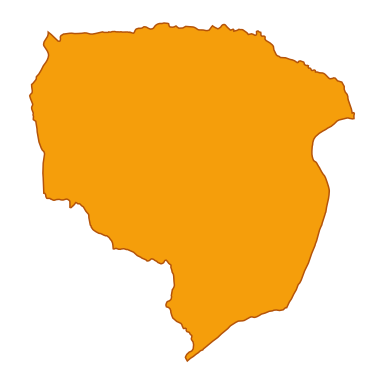 Mendefera, Debub, Eritrea
{"feature_id": "51966322B17465014138668", "entity_name": "Mendefera", "entity_type": "district", "adm_level": 2, "iso_a3": "ERI", "parent_name": "Eritrea", "parent_adm1": "Debub", "projection": "natural_earth1", "projection_center": [38.816, 14.861], "detail": "fine", "context": "isolated", "style": "filled", "palette": "amber", "viewbox_px": 384, "rotation_deg": 0, "n_neighbors": 0, "source": "geoboundaries", "source_scale": "gbopen_adm2", "svg_char_len": 5789}
<svg xmlns="http://www.w3.org/2000/svg" viewBox="0 0 384 384"><path d="M286.7,307.7L289.3,302.1L291.5,298.8L293.7,294.2L296.3,289.7L297.8,285.6L298.3,284.5L299.8,282.8L301.2,280.1L304.6,270.9L308.4,263.1L311.7,253.4L315.0,245.5L315.3,244.0L316.5,241.1L319.6,229.8L320.9,226.7L321.8,224.9L322.1,223.4L324.8,215.0L325.4,212.8L325.8,212.1L326.6,207.0L328.5,198.5L329.0,195.1L329.3,190.9L329.1,189.2L328.6,187.0L327.2,182.5L325.6,178.0L324.5,175.8L323.2,174.3L321.6,171.8L320.1,169.0L319.4,167.6L318.5,166.3L316.6,162.9L315.8,162.0L314.7,161.4L313.6,160.5L312.9,158.9L312.3,156.7L311.9,154.2L311.9,151.0L312.2,146.4L312.6,144.8L312.8,142.5L313.5,140.1L313.9,139.0L315.5,136.6L319.1,133.4L322.9,131.0L325.7,129.5L327.7,128.1L331.2,126.3L334.2,123.9L337.1,121.0L339.0,120.0L347.1,118.0L348.4,118.0L349.2,118.3L352.5,118.9L354.0,118.6L353.9,115.9L354.3,113.6L353.8,112.7L353.3,112.7L352.2,113.1L351.4,109.1L348.3,100.1L347.9,98.2L347.8,96.5L347.1,94.4L345.2,92.0L344.2,89.3L344.2,86.4L341.8,82.1L337.5,80.8L335.3,78.2L334.5,78.0L333.5,77.9L332.5,78.4L330.0,78.8L328.8,78.1L325.3,74.5L323.9,73.5L322.6,73.0L319.6,72.8L317.1,72.0L315.5,72.0L315.3,70.6L314.8,70.2L314.1,70.0L312.6,70.5L311.7,70.4L311.2,69.8L310.6,68.5L309.9,68.1L308.7,68.1L308.2,67.4L308.2,66.6L308.4,65.8L307.5,65.4L306.3,65.5L305.5,65.2L304.4,64.4L304.3,63.5L303.7,62.1L300.3,60.9L299.0,61.2L298.4,61.7L298.3,62.3L297.6,62.6L297.0,62.5L294.6,60.8L292.4,59.9L290.0,59.4L285.6,57.8L280.5,57.5L279.1,56.4L277.4,55.8L276.3,54.8L273.9,49.9L273.4,46.4L272.4,45.0L270.1,43.0L266.0,40.5L265.0,39.1L265.1,37.4L265.0,36.7L264.5,36.3L263.9,36.1L262.0,36.2L261.2,35.6L260.9,34.8L260.9,33.2L260.7,32.3L259.4,32.1L258.1,31.0L257.2,31.1L256.5,31.6L256.6,33.8L256.4,34.7L255.4,35.3L254.8,35.3L253.6,34.5L251.6,33.8L248.3,34.5L247.3,33.1L245.8,31.9L242.8,29.8L242.0,29.6L240.0,29.6L238.9,29.3L237.3,30.3L233.9,31.2L233.8,29.8L233.1,29.2L231.7,29.8L230.4,30.1L228.1,28.0L226.7,26.6L225.4,25.0L224.3,24.5L223.3,24.6L222.6,24.9L221.8,25.5L220.6,27.2L218.7,28.5L217.8,28.8L214.9,27.4L213.6,26.6L212.5,25.8L211.6,26.8L209.2,30.1L207.3,30.6L206.0,30.6L203.2,30.0L198.9,29.9L197.8,29.5L195.8,28.1L194.4,27.4L193.2,27.0L185.7,26.4L182.8,28.0L178.8,28.2L176.8,26.7L176.3,26.1L175.6,26.1L174.4,26.8L172.7,27.2L170.1,27.0L169.1,25.9L168.6,23.7L167.8,23.4L164.0,23.0L162.0,23.5L159.6,23.5L157.8,24.0L156.3,24.8L154.9,26.1L153.5,28.1L152.3,28.8L150.5,29.1L148.6,28.4L146.3,27.1L144.9,26.8L143.9,26.8L142.1,28.0L140.8,28.3L138.5,28.3L136.6,28.9L135.8,29.4L135.0,30.7L134.2,32.5L133.5,33.2L132.3,33.0L131.0,32.5L130.1,32.5L129.9,32.1L128.5,32.3L127.9,32.0L126.5,32.0L122.5,32.1L121.0,31.8L119.1,32.0L117.8,31.8L117.1,32.0L114.7,31.5L112.2,31.6L110.4,32.2L108.7,31.9L108.2,32.4L104.1,32.4L102.5,31.9L95.6,33.5L92.3,34.1L90.2,34.0L86.5,33.0L84.6,32.9L81.8,33.3L78.1,33.5L74.8,33.6L71.7,33.2L69.5,33.3L64.2,34.0L63.6,34.0L61.0,35.6L60.4,36.7L60.3,37.2L60.5,39.0L60.2,40.8L59.2,41.3L58.1,41.1L51.3,34.6L48.2,32.1L48.2,34.1L47.6,36.3L47.0,37.3L44.2,41.7L43.9,42.7L43.6,44.2L43.6,44.9L43.9,45.8L47.2,50.8L48.1,52.8L48.4,53.8L48.6,55.3L48.2,57.5L47.2,60.1L45.9,62.3L43.4,65.7L41.2,70.1L38.8,74.1L36.4,76.7L36.2,79.2L35.5,80.2L33.0,83.3L31.6,84.5L31.7,86.7L32.3,90.9L32.1,92.7L30.4,94.5L29.7,95.8L30.5,98.6L32.7,104.1L32.6,105.1L31.8,106.8L31.6,107.9L31.9,109.5L33.3,113.1L33.0,114.9L33.5,116.5L33.3,118.4L33.3,119.6L35.8,121.3L37.0,128.8L37.2,131.9L39.0,142.0L41.2,148.0L42.4,150.2L43.8,151.5L44.1,152.1L44.5,153.5L44.5,154.4L43.2,163.2L42.9,173.2L43.2,177.7L43.8,193.2L44.6,193.2L45.2,193.9L45.7,194.9L45.9,196.7L46.7,198.2L47.1,198.4L49.5,198.4L50.1,198.5L50.5,199.0L51.4,199.2L52.2,199.7L53.4,200.2L54.6,200.2L56.3,199.6L58.1,199.4L59.5,199.4L61.1,199.9L63.1,200.0L65.8,199.2L66.6,199.1L67.5,199.3L68.6,199.9L69.7,200.9L69.9,202.0L69.9,204.4L70.1,205.3L69.8,205.9L70.0,206.6L69.9,207.3L70.3,207.6L71.3,207.5L72.6,206.1L73.2,205.8L74.6,204.2L75.4,203.0L75.8,202.5L76.6,202.8L77.9,203.8L79.5,203.7L80.1,204.1L81.6,205.7L83.4,206.9L85.9,211.2L88.6,214.4L88.8,215.6L88.9,217.8L90.3,225.1L91.1,226.0L91.2,227.0L92.8,229.4L93.7,230.2L95.9,231.7L98.1,232.9L98.9,233.3L100.8,233.6L103.8,235.1L105.6,235.8L106.7,235.7L109.1,237.5L110.6,239.7L111.5,240.6L112.5,242.9L112.9,245.2L113.2,248.8L113.8,249.0L114.3,248.9L115.0,248.6L115.9,248.4L116.6,248.5L118.5,249.2L120.4,249.3L121.4,249.0L123.9,248.7L126.3,249.5L127.5,249.5L133.6,252.2L137.3,255.6L140.7,257.2L141.9,258.1L145.9,259.8L147.1,261.0L148.7,260.8L149.7,260.3L150.7,259.3L151.8,258.8L153.6,259.4L154.7,260.3L156.8,261.4L157.9,262.5L161.0,263.8L162.5,263.4L163.6,262.7L164.8,260.6L165.2,260.3L166.3,260.2L167.5,261.6L168.7,263.3L170.9,265.0L171.0,265.7L170.9,267.4L171.8,270.1L172.2,272.2L173.3,274.1L173.7,276.1L174.0,281.2L174.4,285.2L174.1,286.7L173.0,288.9L172.4,289.5L171.3,295.7L171.6,296.6L171.3,298.5L170.9,299.4L170.4,300.0L169.2,300.9L168.4,301.1L167.2,301.7L166.4,303.2L165.9,305.0L166.4,306.8L168.4,307.4L169.9,308.6L170.7,310.5L170.9,312.5L171.8,315.5L172.8,318.0L176.7,321.4L180.9,323.4L181.8,324.6L182.3,326.1L183.4,328.4L183.9,328.6L185.3,328.2L186.2,328.7L186.2,330.4L186.6,331.2L187.1,331.7L188.7,332.1L189.5,332.7L190.4,334.5L191.7,335.4L191.8,336.0L191.8,336.9L191.3,338.7L191.5,339.6L193.1,342.0L193.6,344.8L193.2,348.8L191.9,350.8L190.9,351.4L189.2,352.1L186.8,354.4L185.7,356.5L185.4,357.3L185.8,358.3L187.3,361.0L190.3,358.4L193.4,356.4L196.2,354.1L198.3,352.7L200.5,350.7L202.8,349.9L203.4,348.9L204.9,347.7L212.7,341.2L217.7,337.5L221.4,333.9L227.8,328.6L230.0,326.2L231.0,325.4L235.9,322.3L238.3,321.1L242.8,320.8L244.4,320.4L249.8,317.4L251.0,316.9L252.2,316.9L253.6,317.3L254.7,317.4L256.7,316.8L259.6,315.3L261.4,314.1L265.0,313.1L269.3,311.3L272.3,310.9L274.0,310.2L276.4,310.0L279.6,310.5L283.2,309.8L285.5,307.7L286.7,307.7Z" fill="#f59e0b" stroke="#b45309" stroke-width="1.5"/></svg>